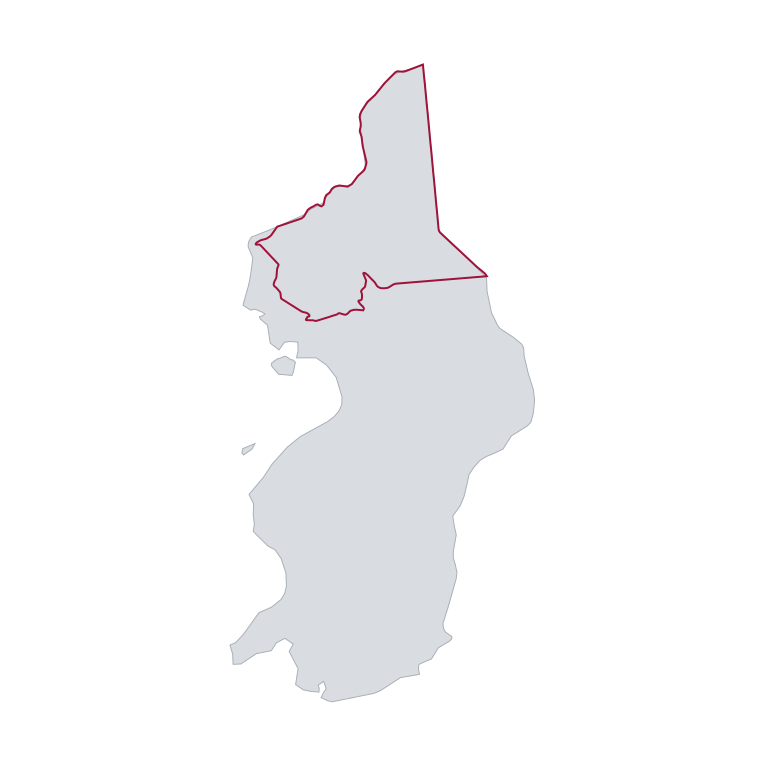 where Tataouine sits in Tunisia, rotated 187°
{"feature_id": "TUN-98", "entity_name": "Tataouine", "entity_type": "Governorate", "adm_level": 1, "iso_a3": "TUN", "parent_name": "Tunisia", "parent_adm1": "", "projection": "mercator", "projection_center": [10.291, 31.745], "detail": "fine", "context": "in_parent", "style": "outline", "palette": "rose", "viewbox_px": 768, "rotation_deg": 187, "n_neighbors": 0, "source": "natural_earth", "source_scale": "10m", "svg_char_len": 5227}
<svg xmlns="http://www.w3.org/2000/svg" viewBox="0 0 768 768"><g transform="rotate(187 384 384)"><path d="M533.4,445.0L533.3,447.3L530.6,464.4L530.0,470.5L529.6,480.8L529.6,493.3L535.6,503.7L535.8,508.3L533.5,513.7L522.4,519.7L508.2,527.6L495.9,535.1L482.5,543.2L478.4,548.5L471.7,552.6L466.1,556.6L465.1,560.5L461.2,567.9L456.1,573.7L443.4,576.5L441.0,578.2L435.1,587.1L432.4,590.5L429.0,597.8L433.4,616.5L438.7,635.7L439.7,643.7L439.6,650.3L436.6,657.5L429.8,667.7L424.9,675.2L415.3,688.7L412.5,692.0L405.9,696.0L393.2,701.2L384.2,705.8L379.7,685.2L375.8,667.7L372.5,653.1L366.9,627.5L362.1,605.7L357.3,583.9L352.9,564.0L348.6,544.0L346.7,541.0L333.5,531.6L321.4,522.8L308.8,512.9L295.2,502.1L293.0,488.5L286.0,467.9L278.6,456.3L275.8,453.3L260.9,445.9L252.3,440.4L249.9,437.2L248.3,428.8L242.1,412.0L235.1,396.7L232.6,386.4L232.2,373.3L233.6,363.9L236.6,359.9L251.2,348.1L258.0,333.9L266.3,328.6L273.5,324.6L279.4,319.9L284.6,312.4L288.6,304.4L289.3,295.7L290.9,281.9L293.6,272.3L299.7,261.3L297.2,252.5L293.9,243.0L294.8,226.4L294.0,219.7L291.4,213.8L288.7,206.1L288.6,199.8L291.2,183.0L293.2,170.2L296.3,153.5L295.2,148.8L292.9,145.3L285.8,141.6L285.7,139.4L287.5,136.9L297.9,128.8L303.5,116.7L308.2,114.2L315.3,109.9L315.0,105.2L313.4,100.2L332.0,94.5L349.7,79.6L355.9,75.9L396.9,62.2L402.3,63.1L408.2,65.1L406.5,70.3L404.2,74.4L407.6,81.5L412.6,77.2L411.3,74.2L411.0,70.3L419.5,70.0L426.9,70.6L435.1,74.9L434.6,91.1L445.5,106.9L442.4,114.8L451.4,119.5L459.3,113.9L463.3,105.6L477.9,100.8L491.9,88.7L499.6,87.4L501.3,97.4L505.0,106.1L499.8,109.2L493.0,118.4L480.3,141.8L468.6,148.7L459.9,157.6L457.0,164.0L456.2,171.5L458.4,184.7L464.8,198.2L472.1,206.3L479.3,208.9L495.8,221.7L495.6,229.3L497.9,238.3L498.8,249.2L504.5,258.0L492.2,276.9L485.5,290.6L472.3,309.5L460.6,321.7L435.4,339.8L429.3,345.8L425.3,352.0L423.4,358.5L424.1,366.1L432.3,384.8L443.3,395.8L454.5,401.7L474.0,399.3L473.3,406.5L474.7,415.1L482.6,414.7L487.9,413.3L492.4,405.0L501.9,410.7L506.8,428.2L514.9,433.6L515.8,435.6L513.0,436.9L510.7,438.9L513.1,440.3L520.9,442.5L525.6,441.1L533.4,445.0ZM492.3,396.3L490.4,396.8L486.7,399.2L484.8,399.5L479.3,396.7L477.3,396.8L474.6,394.8L475.5,384.3L476.4,381.3L489.7,380.9L496.9,387.2L498.0,388.8L498.3,390.7L495.0,394.2L492.3,396.3ZM516.4,302.6L504.8,309.2L507.0,303.4L514.7,296.5L516.6,298.1L516.4,302.6Z" fill="#d9dde1" stroke="#a8b0b8" stroke-width="1"/><path d="M509.2,527.1L486.0,538.3L483.9,540.5L480.9,547.5L478.4,550.0L475.7,551.7L473.2,553.7L471.7,554.2L470.4,553.6L469.0,552.9L467.6,552.7L465.9,554.5L465.3,561.6L464.3,564.5L461.1,567.5L459.9,570.6L459.0,571.9L457.9,573.0L456.6,574.0L452.5,575.6L444.1,575.5L440.2,578.6L435.1,587.6L430.3,593.0L429.2,595.1L428.4,600.8L428.5,602.3L434.1,617.4L436.4,626.6L438.8,631.7L438.9,633.3L438.5,636.6L438.8,639.8L440.7,645.9L440.6,648.8L439.5,652.4L434.8,662.0L428.0,669.9L420.1,682.7L410.7,694.8L408.8,696.0L403.3,696.3L401.1,696.9L384.3,705.8L382.2,696.2L380.0,686.7L377.9,677.1L375.8,667.5L373.6,657.8L371.5,648.2L369.4,638.6L367.3,628.9L365.1,619.3L363.0,609.6L360.9,599.9L358.7,590.2L356.6,580.5L354.5,570.8L352.3,561.0L350.2,551.3L350.0,550.4L348.6,544.0L347.8,542.3L346.7,541.1L334.1,531.9L318.4,520.5L306.4,511.8L297.2,505.9L295.1,503.6L296.5,503.2L384.6,485.0L386.5,484.1L387.3,483.6L390.4,481.0L391.9,480.0L393.8,479.4L395.7,479.0L398.2,478.8L399.1,478.8L400.2,479.1L401.6,479.6L402.2,480.0L402.9,480.5L403.2,480.8L405.6,483.8L413.7,490.3L415.6,491.4L416.4,491.8L416.8,491.8L417.1,491.9L417.5,491.8L417.8,491.7L418.0,491.3L417.7,490.7L417.6,490.3L414.5,484.9L414.4,484.6L414.4,483.8L414.5,480.2L414.7,478.3L414.9,478.0L415.1,477.6L417.0,475.4L417.8,474.0L418.0,473.6L418.0,473.2L417.9,472.7L417.5,471.9L417.0,471.0L416.8,470.4L416.4,467.5L416.4,465.9L416.4,465.5L416.5,465.2L416.7,464.9L416.9,464.6L417.2,464.4L417.5,464.2L418.5,464.0L419.1,463.7L419.4,463.5L419.5,463.0L419.2,462.4L417.3,460.4L414.3,458.1L413.9,457.7L413.6,457.3L413.3,456.8L413.2,456.3L413.2,455.9L413.6,454.6L420.1,454.4L421.7,454.2L423.6,453.7L426.1,452.6L426.4,452.4L426.7,452.1L428.3,449.9L428.7,449.4L429.2,449.0L430.1,448.4L430.6,448.1L431.1,448.0L432.5,448.1L436.3,448.8L437.2,448.8L437.7,448.6L438.1,448.4L438.6,447.7L439.3,447.2L444.4,445.0L445.4,444.4L458.6,438.5L459.2,438.3L459.9,438.3L462.5,438.6L468.3,437.9L469.1,438.0L469.3,438.3L469.3,438.6L469.3,438.9L469.1,439.2L468.5,440.1L468.4,440.5L468.4,440.8L468.3,441.1L468.1,441.4L466.6,441.9L466.4,442.2L466.3,442.5L466.3,442.8L466.5,443.1L466.7,443.4L467.0,443.8L467.7,444.3L468.4,444.7L469.7,445.2L473.2,445.6L474.8,446.0L495.6,455.8L496.1,456.1L496.4,456.4L496.6,456.7L496.8,456.9L496.8,457.1L497.8,461.3L498.0,461.8L498.5,462.5L499.1,463.2L502.3,466.1L503.2,466.8L504.1,467.3L504.6,467.6L505.0,468.0L505.2,468.3L505.4,468.6L505.6,469.2L505.6,469.5L505.6,470.1L505.4,471.6L505.0,473.1L504.0,475.7L503.9,476.4L503.8,477.1L504.1,484.8L504.0,485.9L503.3,488.7L503.2,489.0L503.2,489.4L503.3,489.7L503.6,490.1L523.3,506.5L524.0,506.9L524.6,507.1L525.1,507.2L527.3,506.8L527.9,506.8L528.3,507.0L528.4,507.4L528.3,507.7L528.1,508.1L527.6,508.8L527.0,509.4L524.3,511.4L523.1,512.0L519.5,513.4L518.0,514.2L516.7,515.3L515.4,516.4L514.1,517.9L509.2,527.1L509.2,527.1Z" fill="none" stroke="#9f1239" stroke-width="2"/></g></svg>